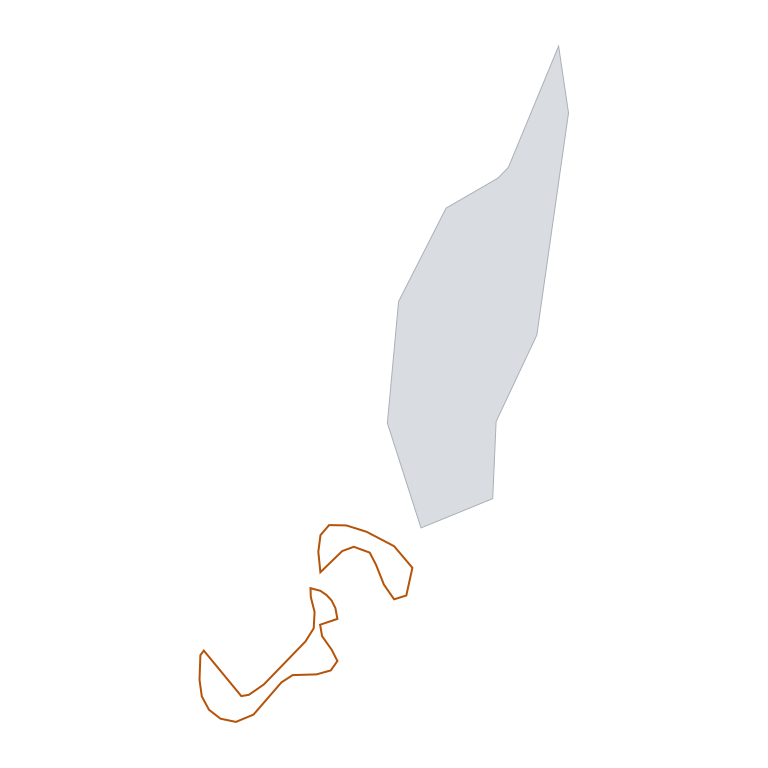 where Koror sits in Palau
{"feature_id": "PLW-5249", "entity_name": "Koror", "entity_type": "state/province", "adm_level": 1, "iso_a3": "PLW", "parent_name": "Palau", "parent_adm1": "", "projection": "natural_earth1", "projection_center": [134.442, 7.291], "detail": "fine", "context": "in_parent", "style": "outline", "palette": "amber", "viewbox_px": 768, "rotation_deg": 0, "n_neighbors": 0, "source": "natural_earth", "source_scale": "10m", "svg_char_len": 885}
<svg xmlns="http://www.w3.org/2000/svg" viewBox="0 0 768 768"><path d="M492.7,498.6L421.0,527.9L387.4,423.1L398.6,301.5L446.1,208.1L497.8,178.2L508.4,167.4L558.6,46.1L568.5,113.0L536.8,335.1L496.1,421.5L492.7,498.6Z" fill="#d9dde1" stroke="#a8b0b8" stroke-width="1"/><path d="M337.4,618.9L320.1,624.7L322.1,636.2L331.6,649.6L337.4,661.0L330.8,670.4L316.4,674.4L292.6,675.1L281.4,682.4L253.5,714.6L235.9,721.9L220.5,718.7L209.0,709.8L201.8,696.4L199.5,679.7L200.4,655.2L203.8,650.6L241.3,696.1L248.9,694.8L263.9,684.4L305.5,641.4L313.7,628.3L314.6,612.1L310.8,597.0L310.5,588.2L320.4,590.8L326.7,595.2L331.6,600.5L335.4,608.1L337.4,618.9ZM346.2,525.4L366.6,531.8L394.1,546.2L412.4,567.8L406.3,595.5L394.1,599.3L383.9,584.6L376.0,564.7L369.7,552.6L353.8,546.8L342.3,551.0L320.4,572.2L318.3,551.8L320.5,535.1L329.1,525.1L346.2,525.4Z" fill="none" stroke="#b45309" stroke-width="2"/></svg>